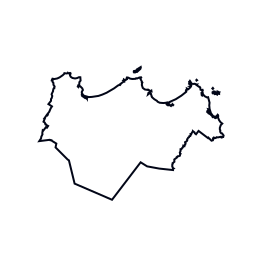 Dorset, Tasmania, Australia, rotated 26°
{"feature_id": "25037944B7753328322432", "entity_name": "Dorset", "entity_type": "district", "adm_level": 2, "iso_a3": "AUS", "parent_name": "Australia", "parent_adm1": "Tasmania", "projection": "albers", "projection_center": [147.795, -41.048], "detail": "fine", "context": "isolated", "style": "outline", "palette": "ink", "viewbox_px": 256, "rotation_deg": 26, "n_neighbors": 0, "source": "geoboundaries", "source_scale": "gbopen_adm2", "svg_char_len": 5718}
<svg xmlns="http://www.w3.org/2000/svg" viewBox="0 0 256 256"><g transform="rotate(26 128 128)"><path d="M216.5,95.5L216.7,94.6L217.5,94.3L217.2,92.8L214.9,91.6L214.1,91.9L213.0,91.4L212.3,90.6L212.0,89.6L211.3,89.2L210.5,87.7L210.1,84.7L210.8,82.7L208.6,82.2L206.4,81.0L204.3,79.1L203.9,78.2L203.9,77.7L203.2,76.9L202.8,76.8L202.8,77.6L202.4,78.0L203.0,78.9L202.9,80.0L202.5,80.7L202.1,80.9L199.5,80.4L199.1,80.6L199.2,81.0L199.6,81.1L199.9,81.2L200.0,81.2L199.8,81.2L199.2,81.0L199.1,80.6L196.3,79.7L195.1,78.6L194.8,78.7L194.6,79.5L194.3,79.4L194.5,80.2L194.2,79.5L192.3,78.9L192.5,78.4L192.0,78.4L191.9,78.1L192.3,77.2L191.4,76.7L192.9,76.7L192.0,76.0L192.6,75.9L192.6,75.3L193.6,76.4L193.6,77.9L194.6,77.3L195.7,78.9L198.1,79.9L200.7,80.2L201.8,79.9L202.7,78.9L202.6,78.7L202.3,79.2L201.1,79.8L199.1,79.9L196.0,78.3L192.9,75.0L191.1,72.0L190.2,69.5L186.5,65.2L185.6,65.9L182.9,65.8L180.4,64.7L179.5,63.7L179.4,64.5L180.6,65.2L180.4,65.3L180.2,66.1L181.4,66.4L180.6,66.4L179.8,66.1L178.7,64.3L179.6,63.5L178.8,62.7L178.7,61.3L178.3,61.0L177.6,61.7L176.4,61.8L175.2,60.0L174.5,59.9L174.3,59.6L173.6,59.8L171.1,59.4L170.8,59.1L170.9,58.7L170.0,59.2L169.0,58.5L168.9,58.2L168.8,58.8L168.2,59.4L166.4,60.1L164.7,60.1L164.6,59.7L164.2,59.9L164.1,59.4L163.7,59.3L163.4,58.7L163.0,58.5L162.9,59.2L163.3,59.8L162.9,60.0L163.5,60.8L163.5,61.5L164.4,61.7L164.8,61.2L165.4,61.5L165.6,61.9L166.2,62.0L166.4,63.0L165.7,63.5L166.0,63.5L166.2,64.2L165.2,66.8L164.8,67.1L164.6,66.7L163.6,66.7L164.1,67.5L163.7,68.1L164.1,68.7L163.8,68.9L164.0,69.3L163.9,69.5L164.4,70.1L161.8,75.5L158.3,81.2L154.1,86.2L154.2,87.0L153.6,88.0L153.7,89.4L154.1,89.7L154.9,89.1L155.7,88.9L156.8,89.2L157.4,87.5L158.2,87.5L158.1,87.3L158.4,87.4L158.1,87.9L157.4,87.6L157.3,87.9L157.7,87.9L157.3,88.0L157.0,89.4L155.0,89.2L154.1,90.1L152.7,89.7L151.9,90.5L153.0,88.4L152.7,87.8L153.3,87.8L153.3,87.2L149.0,90.0L145.4,91.4L143.1,91.4L142.1,90.9L139.0,90.6L136.1,89.8L135.4,89.3L134.8,88.4L132.1,86.5L131.4,87.2L131.5,87.4L131.3,87.9L131.6,88.4L131.3,89.0L131.1,87.9L131.4,87.4L131.1,87.2L131.3,86.8L132.1,86.5L132.2,86.1L132.5,86.3L132.3,84.9L129.2,84.7L129.1,85.1L126.2,86.0L123.7,85.5L121.5,83.2L121.3,82.1L120.6,81.3L120.9,80.8L117.4,78.2L117.8,76.9L117.5,76.7L116.1,77.6L114.4,79.6L113.5,79.7L113.2,80.5L110.3,82.1L108.2,82.7L106.3,82.6L104.9,83.0L104.9,83.4L105.5,83.6L105.3,84.3L105.6,84.6L104.9,85.2L104.9,86.0L104.6,86.4L103.0,86.2L103.2,86.8L103.0,87.2L103.7,87.2L104.2,88.0L103.8,88.1L101.6,92.3L102.9,92.8L101.8,92.7L100.4,94.1L98.1,98.5L93.3,105.7L90.3,109.2L87.4,112.1L81.9,115.9L79.2,117.4L74.3,118.3L71.7,117.4L73.0,118.1L73.1,118.9L75.3,119.3L75.8,119.0L76.5,119.7L76.9,119.4L77.3,119.5L77.1,119.0L77.2,118.9L77.4,118.9L78.0,119.3L77.7,118.7L78.1,119.1L78.0,119.4L77.2,118.9L77.3,119.6L76.9,119.5L76.5,119.8L76.1,119.8L75.8,119.2L75.4,119.7L74.4,119.6L74.2,119.8L74.3,119.5L72.9,119.4L72.6,118.8L72.0,118.6L71.6,117.8L71.7,117.0L70.9,116.4L70.6,115.6L70.8,113.6L69.5,112.4L66.7,111.4L64.8,111.7L64.9,112.6L65.8,113.0L64.7,112.8L64.6,111.6L65.2,111.6L65.3,111.2L65.5,111.5L65.5,111.3L64.2,108.1L64.6,106.2L62.9,103.3L61.7,103.8L60.4,105.4L58.7,106.7L56.1,107.4L54.1,107.1L52.8,106.1L52.2,105.0L52.6,104.4L52.2,103.9L51.8,103.9L50.5,105.0L49.8,104.8L49.8,105.2L48.7,106.0L46.8,106.6L46.9,107.4L46.2,109.2L44.4,112.4L42.7,114.5L40.3,116.3L38.5,116.8L38.5,117.0L39.1,116.7L39.5,116.9L39.3,116.9L39.3,117.4L38.7,118.0L38.7,118.8L39.6,118.8L40.2,119.8L41.2,120.2L42.1,121.9L43.8,122.8L43.9,123.8L44.2,124.0L44.3,124.4L44.0,124.5L43.8,125.2L44.2,127.2L44.5,127.7L44.5,130.8L44.6,131.3L45.9,132.4L46.3,134.6L46.1,135.8L46.9,137.3L46.0,141.4L50.2,141.9L49.9,144.3L50.1,148.0L49.4,151.2L50.1,151.3L50.0,152.0L49.3,151.9L48.6,156.1L49.1,156.0L49.3,159.4L50.8,159.6L51.7,160.4L52.4,160.6L52.4,161.0L55.3,161.2L55.0,163.3L53.9,163.2L53.0,167.6L52.4,167.5L53.2,170.2L53.9,171.1L53.9,173.9L54.4,175.5L54.0,178.7L62.7,173.0L63.4,173.1L63.5,172.8L64.8,172.5L65.4,172.9L70.4,173.4L71.4,177.2L87.6,182.8L89.1,183.0L104.4,201.4L145.1,199.5L154.4,153.3L162.0,154.1L173.8,150.8L186.8,146.1L186.3,145.4L186.8,144.4L186.3,144.4L184.7,143.3L184.6,142.8L183.9,141.8L183.9,140.4L183.5,140.1L184.5,138.0L183.4,136.0L184.9,133.1L184.7,132.8L184.9,132.7L185.0,131.7L185.9,131.2L186.8,130.1L186.5,129.4L186.5,128.2L186.0,128.2L185.3,127.3L185.4,126.1L184.6,124.2L185.0,124.1L185.0,123.6L185.3,123.5L185.5,121.9L185.8,121.5L185.5,119.9L186.1,120.1L186.7,119.7L186.3,119.0L186.4,118.1L186.7,117.9L186.5,117.2L186.6,116.9L186.3,116.3L185.7,116.1L185.5,115.6L186.6,114.1L186.6,112.9L186.2,112.6L186.1,112.0L186.3,111.5L186.3,110.3L186.9,109.6L186.7,108.5L187.5,107.9L187.3,106.8L187.5,106.4L186.9,106.0L187.5,105.3L187.5,103.7L188.0,102.8L187.8,102.4L189.7,102.8L190.5,103.5L191.9,103.8L192.7,99.7L204.3,102.0L204.4,101.4L208.6,102.8L209.7,101.8L209.5,100.7L209.0,100.3L209.0,99.5L209.3,98.9L210.5,99.1L211.4,98.3L211.6,97.5L213.0,97.0L215.4,95.1L216.0,95.6L216.5,95.5ZM112.7,67.6L111.0,70.4L111.1,70.9L110.3,71.4L110.2,72.8L108.4,74.2L108.7,74.7L108.6,75.1L109.1,75.4L110.2,74.8L110.9,73.8L111.5,73.7L113.2,69.5L113.0,68.0L112.7,67.6ZM188.3,58.8L188.9,59.7L189.2,59.7L189.2,59.3L190.2,58.6L190.9,58.8L191.3,59.4L192.3,58.7L192.9,58.8L192.8,58.2L193.1,58.3L192.9,57.8L193.2,57.5L194.1,57.7L194.7,57.5L194.4,57.2L194.7,56.8L194.5,55.9L194.0,56.2L193.4,55.9L193.0,56.3L192.3,56.1L192.4,56.9L191.5,57.5L190.6,57.6L190.2,57.2L189.0,57.5L188.3,58.8ZM187.3,55.1L186.7,54.8L186.5,55.5L187.1,55.7L187.3,55.1ZM168.4,55.0L168.8,55.3L169.1,54.8L168.5,54.6L168.4,55.0ZM132.5,84.8L133.0,84.7L132.7,84.3L132.5,84.8ZM132.7,86.6L133.7,87.4L134.1,87.7L133.8,87.3L132.7,86.6ZM136.5,89.7L136.0,89.6L135.6,89.4L136.2,89.7L136.5,89.7Z" fill="none" stroke="#020617" stroke-width="2"/></g></svg>